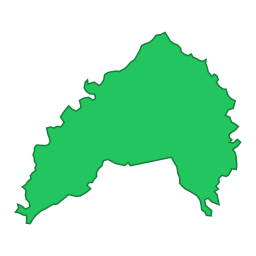 outline of Marumbi, Paraná, Brazil
{"feature_id": "56859067B89241056373141", "entity_name": "Marumbi", "entity_type": "district", "adm_level": 2, "iso_a3": "BRA", "parent_name": "Brazil", "parent_adm1": "Paraná", "projection": "mercator", "projection_center": [-51.666, -23.754], "detail": "fine", "context": "isolated", "style": "filled", "palette": "green", "viewbox_px": 256, "rotation_deg": 0, "n_neighbors": 0, "source": "geoboundaries", "source_scale": "gbopen_adm2", "svg_char_len": 2386}
<svg xmlns="http://www.w3.org/2000/svg" viewBox="0 0 256 256"><path d="M32.6,172.7L30.4,175.6L30.9,178.8L27.8,181.5L25.9,184.5L22.3,186.9L26.1,190.0L25.4,194.9L26.2,199.2L29.2,202.2L29.8,206.8L25.6,209.2L21.1,205.7L17.7,204.2L18.7,208.2L15.4,212.1L19.5,213.0L22.6,214.8L26.5,215.5L26.7,219.5L26.4,223.2L30.3,223.6L32.5,219.5L35.6,215.5L40.9,211.0L45.5,208.7L50.5,205.7L53.2,204.3L57.0,204.1L68.7,194.6L76.3,196.3L80.0,196.0L86.1,192.5L90.7,188.8L87.0,185.2L89.2,182.5L92.3,182.5L94.0,179.4L96.6,176.8L96.5,172.4L98.7,168.8L101.7,166.0L103.4,160.9L107.6,159.3L115.7,163.5L124.6,165.5L128.2,162.7L130.4,165.7L171.4,157.2L173.8,161.8L177.0,167.0L177.8,173.1L179.8,178.0L179.7,183.2L183.0,186.9L185.3,189.0L190.5,191.6L193.9,193.7L197.2,195.8L200.0,200.2L201.2,204.9L201.7,209.8L205.1,212.3L206.4,215.3L211.1,215.9L211.7,210.6L207.9,207.5L205.6,205.4L204.6,199.8L208.1,198.1L211.2,201.5L215.6,203.4L219.1,204.7L218.0,199.6L217.1,194.6L214.3,191.6L218.5,189.0L215.8,186.2L219.1,182.5L218.8,178.3L221.8,175.4L226.5,176.4L229.0,174.5L231.9,168.7L236.2,169.5L236.8,166.1L236.2,157.1L235.0,152.4L232.7,149.6L237.8,145.9L240.6,142.2L237.3,139.4L233.2,143.0L229.1,142.3L231.8,139.9L229.5,137.7L229.0,134.6L232.1,132.0L235.2,130.1L238.4,126.5L235.2,124.0L231.4,122.0L229.8,117.2L225.3,115.4L228.3,109.8L233.3,108.3L234.1,104.8L235.2,100.9L231.6,99.0L229.2,97.1L227.2,93.5L226.2,89.3L223.1,89.1L219.1,86.3L216.3,82.3L218.3,79.8L216.9,75.9L214.3,74.1L212.1,76.4L208.4,72.4L207.0,67.1L205.6,63.0L206.0,59.5L202.7,61.4L199.4,60.5L196.4,58.6L193.1,57.2L191.0,53.9L188.5,55.7L184.9,54.6L181.3,51.9L180.5,48.1L177.5,45.0L173.3,43.3L170.3,41.0L165.0,32.4L160.8,34.6L156.3,35.2L152.6,39.8L149.4,42.4L144.4,44.2L141.6,45.7L139.7,50.6L137.6,54.4L134.4,59.9L130.9,62.0L126.9,66.7L124.2,69.0L119.1,71.5L115.9,71.1L111.3,71.8L107.4,72.8L104.6,74.8L103.8,79.6L101.7,83.4L99.2,85.6L94.2,82.1L90.7,83.2L88.0,84.2L87.5,79.8L85.3,82.1L84.2,88.0L86.4,91.5L89.6,93.7L94.7,94.3L95.5,98.5L92.8,100.1L88.6,97.3L83.2,98.3L79.4,100.5L80.5,104.1L80.8,107.7L76.3,111.2L72.2,109.3L68.6,105.8L66.5,108.6L63.3,112.6L60.5,117.0L64.2,122.4L60.9,126.9L57.2,126.4L53.5,128.1L50.8,126.9L46.6,128.1L47.8,133.7L48.9,136.7L50.3,141.1L48.6,144.7L45.5,145.6L41.3,145.4L36.9,145.0L34.5,147.5L34.4,151.3L33.0,154.8L34.2,157.8L34.4,161.3L36.6,164.9L35.0,167.6L35.5,170.8L32.6,172.7Z" fill="#22c55e" stroke="#15803d" stroke-width="1.5"/></svg>